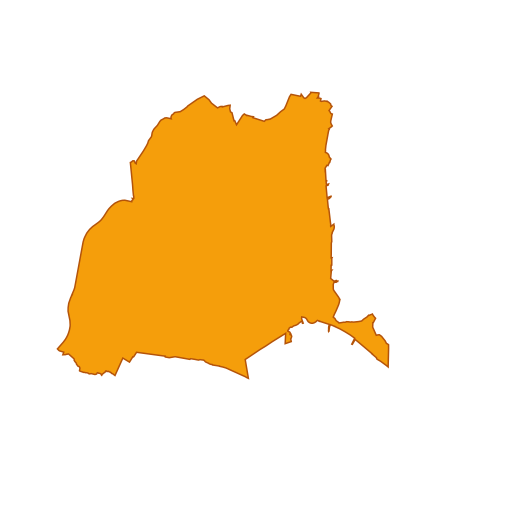 Breda, Noord-Brabant, Netherlands (Natural Earth projection), rotated 293°
{"feature_id": "6326949B29161299179415", "entity_name": "Breda", "entity_type": "district", "adm_level": 2, "iso_a3": "NLD", "parent_name": "Netherlands", "parent_adm1": "Noord-Brabant", "projection": "natural_earth1", "projection_center": [4.749, 51.564], "detail": "fine", "context": "isolated", "style": "filled", "palette": "amber", "viewbox_px": 512, "rotation_deg": 293, "n_neighbors": 0, "source": "geoboundaries", "source_scale": "gbopen_adm2", "svg_char_len": 6026}
<svg xmlns="http://www.w3.org/2000/svg" viewBox="0 0 512 512"><g transform="rotate(293 256 256)"><path d="M140.4,296.8L156.5,286.5L171.4,296.2L177.3,300.4L183.6,304.5L196.4,313.5L186.7,317.1L191.0,321.9L193.3,320.3L194.1,320.5L195.9,320.3L196.1,320.2L197.4,318.9L196.9,318.2L197.2,317.8L197.4,317.7L198.1,318.2L198.7,317.3L199.0,317.1L199.2,316.4L199.1,315.3L199.3,314.5L200.2,314.4L201.0,314.9L202.4,314.7L203.7,315.4L204.1,315.8L204.3,316.6L204.5,316.9L206.3,317.9L207.8,319.7L208.6,320.4L209.6,321.2L211.3,321.9L213.4,323.2L213.8,323.7L213.0,324.6L212.5,324.8L212.2,325.1L212.3,325.4L212.6,325.7L215.5,323.0L216.3,322.4L217.8,321.9L218.3,324.2L218.4,325.1L218.3,325.9L217.9,327.0L216.4,329.0L215.9,329.9L215.6,331.4L215.6,332.4L215.8,333.4L216.2,334.4L217.2,335.6L218.6,336.7L220.7,337.6L220.9,339.9L220.6,339.9L220.7,340.4L220.8,340.4L221.7,350.4L220.2,350.4L218.8,350.7L216.1,351.8L215.3,352.0L215.1,352.2L215.3,352.2L215.4,352.5L219.3,351.4L220.4,351.3L221.9,351.5L222.0,355.3L221.9,355.2L221.7,361.6L221.1,367.2L220.2,373.3L218.9,379.0L212.3,378.6L212.3,379.2L217.9,379.9L216.4,385.0L211.4,401.1L211.2,401.0L209.4,406.7L208.7,407.1L208.3,407.8L207.8,411.8L206.2,418.6L205.5,421.0L222.9,414.1L226.1,412.7L226.4,411.6L226.5,410.2L228.3,408.1L231.1,403.0L231.2,402.6L231.7,400.3L231.0,399.0L230.0,397.7L236.1,391.2L240.3,389.6L240.5,390.0L245.4,390.4L245.8,389.4L246.6,387.9L247.7,386.2L248.1,385.8L245.1,382.8L245.2,382.7L243.1,381.9L240.0,379.8L237.4,378.6L235.7,376.0L233.3,371.7L232.7,369.7L232.2,369.1L231.5,366.6L230.9,365.0L229.8,363.9L229.4,362.7L227.9,360.4L226.9,358.8L226.8,358.3L227.1,358.1L227.8,355.0L229.2,353.2L229.5,352.6L229.5,352.2L229.9,351.0L232.6,350.9L236.7,351.1L243.2,351.1L245.3,350.9L248.4,350.3L248.2,350.1L249.4,349.3L250.3,348.2L254.7,341.1L255.2,340.5L255.9,340.0L260.0,338.2L262.2,338.1L262.5,338.3L263.1,340.0L264.3,340.8L264.5,341.2L264.9,341.1L264.6,340.7L264.5,340.2L264.9,339.7L264.8,339.3L263.8,338.6L263.6,337.7L263.3,337.6L264.5,333.5L271.6,331.2L272.2,331.3L272.0,331.1L271.6,330.9L276.8,328.8L277.0,329.3L277.5,329.2L283.4,326.7L284.1,326.7L283.6,325.9L287.2,324.5L297.3,320.3L298.9,320.1L304.1,317.7L305.2,317.3L307.1,317.2L307.3,317.0L311.4,317.2L313.3,316.7L314.3,316.2L315.1,315.5L315.7,315.2L312.9,313.6L312.4,313.2L313.4,312.7L313.7,312.6L313.8,312.7L316.0,311.4L316.5,311.1L327.9,304.6L327.7,304.3L329.1,303.4L331.3,302.2L336.1,299.6L337.4,300.9L338.1,301.2L339.4,301.8L340.0,301.6L340.3,301.8L340.4,301.7L337.4,298.7L347.9,293.1L349.4,294.7L350.4,294.6L350.6,294.6L349.5,293.3L349.5,293.0L349.6,292.7L352.2,291.3L353.2,292.2L352.7,291.0L361.8,286.5L361.5,286.4L363.8,285.3L367.2,285.8L367.3,286.9L370.9,287.0L371.0,287.3L374.3,286.9L374.6,287.1L375.6,285.0L377.3,283.6L378.0,282.7L378.5,281.2L378.5,279.4L380.2,278.8L381.0,278.4L384.9,277.2L398.2,274.2L400.3,273.8L401.2,274.0L401.6,273.9L401.8,273.7L401.8,273.4L404.5,275.0L404.6,274.9L405.5,275.4L406.9,273.6L408.0,272.6L408.7,272.3L409.7,272.0L416.5,270.8L416.4,269.2L417.7,267.7L418.4,266.4L423.5,267.5L423.8,266.2L425.1,265.3L425.8,263.4L426.3,261.0L426.0,261.0L425.6,258.7L425.0,257.6L423.9,255.9L423.8,255.0L423.8,254.8L426.3,254.3L426.1,252.4L425.4,250.7L427.4,251.2L427.5,250.9L430.2,250.5L430.7,250.2L428.1,242.5L427.8,242.8L427.6,242.8L421.5,240.6L420.2,239.6L420.3,238.2L422.6,234.4L420.4,234.6L418.5,225.1L415.7,224.6L405.9,224.8L402.4,224.6L398.5,222.3L393.5,220.0L387.2,215.3L387.2,214.8L386.4,213.9L385.3,211.9L383.2,211.0L382.1,199.1L383.2,199.2L382.6,197.1L382.0,192.6L381.7,192.6L382.2,189.7L380.1,188.7L369.2,186.8L372.3,183.5L372.3,183.3L371.9,182.9L378.5,177.9L378.7,176.2L381.2,174.3L384.7,173.3L383.7,171.5L380.1,166.8L380.5,166.6L380.2,165.8L379.6,164.7L377.3,162.7L379.3,155.3L381.5,151.6L383.2,145.8L377.4,140.8L367.5,134.6L366.2,134.2L362.6,132.2L359.3,129.9L356.5,125.3L356.0,124.9L355.6,124.7L355.0,124.7L354.3,124.4L353.6,123.8L352.6,123.4L351.2,123.4L350.4,123.6L349.7,123.8L349.2,124.3L348.3,119.8L348.2,119.5L347.6,118.5L347.6,118.4L347.3,118.0L346.3,117.4L343.9,115.4L342.2,114.9L337.7,114.2L333.4,112.6L332.2,112.4L330.1,112.2L328.7,112.3L326.0,113.0L324.8,113.1L320.2,112.0L317.5,112.3L314.5,112.1L308.6,111.3L296.6,109.0L294.1,109.7L294.3,108.5L295.7,107.1L296.0,106.7L295.5,105.4L293.7,104.5L293.0,103.8L273.4,114.5L268.5,117.0L263.7,119.6L263.4,120.0L261.4,121.0L261.1,121.0L260.8,120.6L260.9,120.4L260.7,119.8L260.3,120.6L259.7,120.7L258.6,120.1L257.4,120.4L256.1,113.5L255.0,111.2L253.6,109.3L252.4,108.0L250.1,106.0L249.2,105.3L245.4,103.4L242.2,102.2L239.8,101.6L232.6,100.4L228.8,99.4L226.9,98.6L225.0,97.6L219.2,94.1L215.6,92.5L213.4,91.9L211.0,91.3L206.6,91.0L204.6,91.0L201.3,91.4L156.0,101.5L153.4,101.7L148.2,101.7L148.3,101.9L145.4,101.7L139.3,102.1L135.2,103.2L131.7,104.6L123.8,110.0L119.9,111.9L118.5,112.4L114.9,113.2L112.1,113.5L109.5,113.6L106.8,113.4L104.7,113.1L101.4,112.3L92.9,109.5L92.1,111.3L91.9,112.2L92.4,116.6L89.6,116.8L90.8,119.2L91.2,119.7L91.5,119.9L91.8,120.6L92.5,121.4L92.5,121.8L92.4,122.3L90.4,128.3L90.2,128.7L89.8,129.1L88.9,129.4L87.9,130.9L87.4,132.0L86.9,132.6L86.1,133.2L85.7,134.1L85.1,134.9L85.0,135.7L85.1,136.4L84.8,137.0L83.9,137.8L81.6,138.3L81.3,138.5L81.3,140.2L81.5,141.7L81.4,142.4L81.9,143.8L82.0,144.8L82.4,145.8L82.6,146.8L82.3,148.5L83.4,150.4L84.0,154.1L85.1,155.4L86.4,155.5L86.8,156.0L86.6,156.8L87.0,158.3L86.9,158.9L86.7,159.5L86.0,160.3L85.9,160.6L87.3,160.7L87.9,161.2L89.2,161.8L89.8,162.4L91.3,162.5L91.7,163.0L91.6,163.6L91.4,163.9L92.2,165.4L92.0,166.1L92.2,167.0L91.9,167.7L92.0,168.2L91.5,169.1L91.6,170.1L90.9,172.9L110.0,173.3L108.9,181.0L115.1,182.0L115.1,182.5L115.6,182.8L120.7,183.7L128.3,211.5L127.8,211.5L127.6,211.9L128.5,215.9L131.7,220.9L135.0,235.5L135.8,235.8L135.8,236.0L136.1,236.6L137.0,240.3L137.7,243.6L137.9,244.0L138.7,244.9L139.7,248.5L139.6,249.1L138.8,250.9L138.7,254.5L138.5,255.1L138.6,256.6L138.9,258.1L139.0,258.1L139.0,258.3L138.7,258.6L140.4,265.3L140.2,265.4L140.8,268.6L141.2,272.0L140.7,293.6L140.5,294.5L140.4,296.8Z" fill="#f59e0b" stroke="#b45309" stroke-width="1.5"/></g></svg>